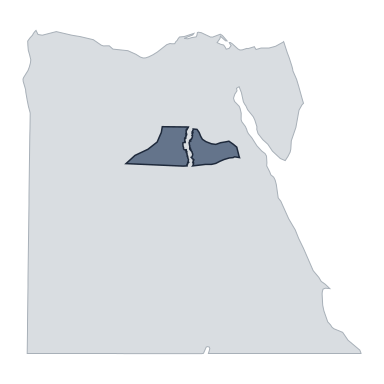 Zemam Out, Al Bahr al Ahmar, Egypt shown in context
{"feature_id": "37247803B6993574009783", "entity_name": "Zemam Out", "entity_type": "district", "adm_level": 2, "iso_a3": "EGY", "parent_name": "Egypt", "parent_adm1": "Al Bahr al Ahmar", "projection": "natural_earth1", "projection_center": [30.77, 28.19], "detail": "fine", "context": "in_parent", "style": "filled", "palette": "slate", "viewbox_px": 384, "rotation_deg": 0, "n_neighbors": 0, "source": "geoboundaries", "source_scale": "gbopen_adm2", "svg_char_len": 7490}
<svg xmlns="http://www.w3.org/2000/svg" viewBox="0 0 384 384"><path d="M361.0,353.5L351.8,353.5L342.5,353.5L333.3,353.5L324.1,353.5L314.9,353.5L305.7,353.5L296.5,353.5L287.3,353.5L278.1,353.5L268.9,353.5L259.7,353.5L250.5,353.5L241.2,353.5L232.0,353.5L222.8,353.5L213.6,353.5L208.4,353.5L209.3,350.6L209.8,348.5L209.2,347.0L207.4,346.6L206.2,347.1L203.5,353.3L202.0,353.6L198.8,353.6L188.0,353.6L177.3,353.6L166.6,353.6L155.9,353.6L145.2,353.6L134.4,353.6L123.7,353.6L113.0,353.5L102.3,353.5L91.6,353.5L80.8,353.5L70.1,353.5L59.4,353.5L48.7,353.5L37.9,353.5L27.2,353.5L27.3,346.0L27.4,338.5L27.5,331.0L27.5,323.5L27.6,316.0L27.7,308.5L27.8,301.0L27.9,293.5L28.0,286.0L28.0,278.5L28.1,271.0L28.2,263.5L28.3,255.9L28.4,248.4L28.5,240.9L28.6,233.4L28.7,225.9L28.8,218.4L28.9,210.9L29.0,203.4L29.0,195.8L29.1,188.3L29.2,180.8L29.3,173.3L29.4,165.8L29.5,158.3L29.6,150.8L29.7,143.2L29.8,135.7L30.0,128.2L30.1,120.7L30.2,113.2L29.9,111.8L28.5,106.7L27.2,100.2L25.8,92.2L25.6,89.6L23.2,81.4L23.0,79.1L23.7,77.4L28.0,70.5L29.3,67.1L30.4,63.1L30.8,59.8L29.6,54.8L28.3,50.3L27.9,45.7L27.7,41.1L29.9,38.0L32.5,35.2L33.4,33.4L35.0,31.4L36.0,30.4L38.0,34.5L42.3,35.2L56.3,31.6L71.7,35.2L80.2,36.6L93.3,39.7L101.3,45.2L103.4,45.9L109.2,45.8L112.9,49.1L127.9,50.7L135.9,54.3L140.4,57.1L143.2,58.0L145.6,57.9L148.8,56.8L152.9,54.8L157.4,52.0L166.7,44.7L170.0,43.5L172.1,43.8L174.7,43.7L175.8,41.7L177.2,40.4L178.0,38.9L179.5,37.0L184.3,36.5L193.9,33.4L192.8,34.9L184.1,38.4L187.8,38.8L191.7,37.6L196.1,36.9L196.9,35.4L197.4,32.6L198.3,32.2L201.3,32.7L210.4,37.0L212.6,37.1L219.0,34.7L220.3,34.2L222.4,35.5L227.1,40.9L225.5,40.8L220.4,36.2L220.0,38.5L217.1,42.6L220.7,44.3L223.6,45.0L225.2,47.2L226.2,49.2L229.1,48.4L231.1,45.6L230.0,44.1L229.3,42.5L230.3,42.5L232.3,43.8L238.0,49.0L239.9,50.0L242.2,49.9L246.8,48.4L248.1,48.6L254.4,46.7L255.1,48.1L256.1,49.5L261.2,48.0L269.1,48.0L275.5,46.3L283.0,42.2L283.6,41.6L284.0,42.6L284.9,45.4L287.2,52.5L289.3,58.1L291.8,65.9L292.6,68.8L292.9,70.9L296.6,79.4L298.7,86.4L300.3,92.1L302.6,100.4L303.5,103.3L302.0,104.8L299.0,110.2L295.9,127.4L291.3,140.8L290.8,149.2L290.1,152.2L287.9,156.5L285.2,160.6L280.3,158.5L272.4,151.1L267.8,144.2L262.8,139.7L258.1,133.7L256.8,129.5L256.9,126.7L254.8,120.0L253.3,116.8L247.6,109.7L245.9,105.9L244.7,104.2L243.4,101.8L241.4,92.6L239.1,86.7L236.5,88.3L237.0,90.8L234.8,94.2L233.5,98.2L234.5,101.4L239.2,106.3L240.1,108.5L241.2,113.2L241.1,119.5L241.8,121.7L245.3,126.4L246.6,129.2L247.3,131.6L248.5,133.8L251.9,137.9L256.9,145.8L261.7,151.0L265.1,153.6L266.5,156.1L266.9,162.7L266.7,165.9L269.7,171.8L270.8,174.8L273.7,177.2L275.1,180.0L276.3,184.5L278.2,197.9L280.8,201.2L288.7,218.8L295.3,230.0L298.6,238.3L303.5,248.4L313.2,270.7L318.9,277.5L321.2,281.4L325.3,284.3L329.8,288.6L325.6,288.2L324.5,288.5L323.0,289.2L322.3,291.8L322.1,293.9L322.7,305.2L323.9,310.9L327.7,321.8L330.6,325.0L331.9,327.1L333.8,328.7L342.7,332.4L348.0,340.2L359.8,350.1L360.9,352.9L361.0,353.5Z" fill="#d9dde1" stroke="#a8b0b8" stroke-width="1"/><path d="M183.1,166.1L187.1,165.9L187.1,165.4L187.0,165.1L187.3,164.7L187.2,164.6L187.3,164.5L187.2,164.4L187.3,164.3L187.4,164.5L187.4,164.4L187.4,164.1L187.4,163.9L187.4,163.7L187.5,163.5L187.7,163.4L187.7,163.1L187.8,163.2L188.1,163.0L188.2,162.7L188.3,162.6L188.1,162.6L188.1,162.4L188.1,162.2L188.3,162.0L188.3,161.9L188.3,161.5L188.3,161.4L188.3,161.2L188.2,160.9L188.4,160.1L188.5,159.9L188.4,159.4L188.4,159.2L188.1,158.8L187.8,158.1L187.9,157.8L187.7,157.4L187.8,157.2L187.7,156.8L187.7,156.6L187.4,156.7L187.2,156.3L187.2,156.1L187.3,155.9L187.3,155.7L187.2,155.5L187.3,155.3L187.3,155.1L187.1,154.7L186.9,154.1L187.0,153.4L186.9,153.3L186.7,153.1L186.8,152.9L186.8,152.7L186.7,152.7L186.4,152.8L186.3,152.7L186.2,152.3L186.2,152.1L186.2,151.6L186.4,151.6L186.5,151.3L186.4,151.1L186.2,151.0L186.2,150.9L186.3,150.9L186.2,150.8L186.2,150.7L186.1,150.8L185.9,150.8L185.8,150.4L185.7,150.3L185.7,150.1L185.8,150.1L186.0,150.0L186.3,150.1L186.3,149.9L186.2,149.8L185.9,149.8L185.7,149.8L185.8,149.8L185.8,149.7L185.7,149.7L185.0,149.8L184.7,149.8L184.1,149.6L183.6,148.9L183.5,148.7L183.6,148.3L183.6,148.1L183.6,147.8L183.5,147.3L183.3,146.9L183.0,146.2L183.0,145.4L183.0,144.9L182.9,144.6L182.8,144.3L182.9,143.7L182.8,143.0L183.0,142.8L183.4,142.7L184.7,142.4L184.9,142.4L185.1,142.5L185.3,142.1L185.2,141.8L185.1,141.6L185.1,141.3L184.8,141.2L184.9,140.9L184.6,140.0L184.7,139.9L184.9,139.2L185.0,138.9L185.2,138.7L184.9,138.7L184.7,138.6L184.6,138.4L184.6,138.2L184.9,137.8L185.1,137.8L185.7,137.8L185.7,137.7L185.8,137.4L185.7,137.0L185.7,136.8L185.7,136.6L185.8,136.5L185.9,136.3L186.0,136.3L186.1,136.2L186.0,135.9L185.9,135.7L186.0,135.6L186.2,135.3L186.3,135.1L186.5,135.1L186.6,134.9L186.4,134.8L186.6,134.7L186.4,134.4L186.4,134.2L186.5,134.1L186.6,133.8L186.5,133.7L186.3,133.8L186.0,133.7L185.9,133.6L185.8,133.3L185.9,133.2L186.0,133.1L186.3,132.9L186.3,132.7L186.3,131.8L186.2,131.6L186.1,131.4L186.0,130.9L186.2,130.6L186.4,130.3L186.5,130.2L186.4,129.8L186.3,129.6L186.4,129.3L186.5,129.2L186.8,129.3L187.1,129.5L187.2,129.3L187.2,129.1L187.4,128.6L187.6,128.4L187.7,128.2L188.0,127.9L188.1,127.7L188.3,127.3L188.4,127.0L162.3,126.7L161.3,132.5L159.1,137.5L157.2,142.0L147.9,149.3L135.0,155.4L126.0,163.6L183.1,166.1ZM193.3,129.0L193.4,129.3L193.2,129.5L193.2,129.8L193.1,130.0L192.8,130.3L192.8,130.6L192.5,131.4L192.6,131.6L192.7,131.8L192.8,132.0L193.0,132.3L193.0,132.5L192.9,132.7L192.8,132.4L192.7,132.3L192.6,132.5L192.4,132.6L192.2,132.7L192.2,132.8L192.3,133.0L192.2,133.0L192.1,132.9L192.1,133.0L192.0,133.4L192.1,133.6L192.2,133.8L192.3,134.1L192.3,134.3L192.4,134.6L192.4,134.8L192.5,135.0L192.6,135.3L192.7,135.5L192.5,135.3L192.5,135.5L192.4,135.5L192.1,135.4L192.0,135.5L192.3,135.8L192.3,136.1L192.4,136.4L192.3,137.3L192.2,137.5L191.9,138.0L191.9,138.3L191.8,138.5L191.7,138.4L191.4,138.7L191.4,138.8L191.2,139.1L191.2,139.5L190.9,139.4L190.7,139.6L190.6,139.8L190.3,139.9L190.2,140.0L190.2,140.3L190.1,140.2L190.0,140.3L189.9,140.3L189.9,140.5L189.8,140.8L190.0,140.9L190.1,141.0L189.7,141.0L189.8,141.5L189.6,141.8L189.4,141.9L189.3,142.2L189.1,142.6L189.1,142.8L189.1,143.1L189.2,143.3L189.4,143.9L189.4,144.2L189.4,144.4L189.4,144.6L189.4,145.0L189.7,145.6L189.8,145.8L189.8,146.1L189.8,146.3L189.7,146.8L189.8,147.3L189.8,147.6L189.7,148.0L189.7,148.8L189.7,149.0L189.8,149.2L190.3,149.9L190.6,150.2L191.0,150.4L191.2,150.6L191.4,151.2L191.8,151.4L192.0,151.7L192.0,152.2L192.1,152.4L192.3,153.1L192.4,153.3L192.7,153.9L192.7,154.8L192.6,155.4L192.4,155.7L192.3,156.1L192.2,156.5L191.9,156.8L191.8,157.0L191.8,157.5L191.6,157.5L191.8,157.8L191.7,157.8L192.0,158.1L192.2,158.6L192.4,158.7L192.5,158.6L192.8,158.8L192.7,159.0L192.8,159.1L193.0,159.2L193.2,159.3L193.3,159.3L193.6,159.5L193.5,159.9L193.7,160.0L193.4,160.3L193.5,160.5L193.4,160.6L193.2,161.0L193.2,161.3L193.3,161.4L193.3,161.5L193.1,161.4L192.9,162.2L192.9,162.5L193.2,162.9L193.0,163.0L193.4,163.4L193.4,163.8L193.5,163.7L193.5,163.9L193.5,164.2L193.4,164.4L193.2,164.6L193.1,164.8L193.1,165.2L193.0,165.3L193.0,165.5L192.7,165.9L200.4,165.0L205.4,164.4L211.4,164.4L215.8,163.4L219.9,161.3L224.1,159.5L229.5,157.9L233.1,157.6L234.6,156.8L239.5,157.6L238.9,155.8L238.5,154.0L237.1,148.6L236.8,147.2L233.2,144.2L228.9,141.2L225.5,141.9L220.6,142.7L215.8,144.4L211.5,143.8L206.0,141.7L202.4,139.3L200.7,136.3L199.1,132.4L197.0,129.4L193.3,129.0ZM190.9,149.7L190.6,150.1L189.7,148.9L189.8,148.0L190.4,148.1L190.6,149.2L190.9,149.7Z" fill="#64748b" stroke="#1e293b" stroke-width="1.5"/></svg>